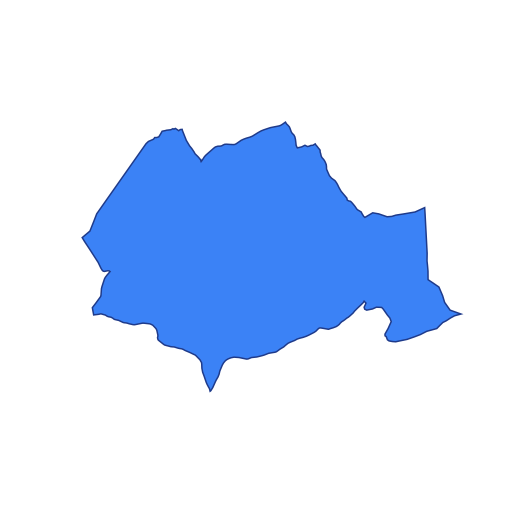 the district of Ohimini, Benue, Nigeria, rotated 149°
{"feature_id": "59680162B2835516393243", "entity_name": "Ohimini", "entity_type": "district", "adm_level": 2, "iso_a3": "NGA", "parent_name": "Nigeria", "parent_adm1": "Benue", "projection": "orthographic", "projection_center": [7.932, 7.257], "detail": "fine", "context": "isolated", "style": "filled", "palette": "blue", "viewbox_px": 512, "rotation_deg": 149, "n_neighbors": 0, "source": "geoboundaries", "source_scale": "gbopen_adm2", "svg_char_len": 4271}
<svg xmlns="http://www.w3.org/2000/svg" viewBox="0 0 512 512"><g transform="rotate(149 256 256)"><path d="M119.2,220.0L123.4,222.1L129.1,228.9L133.7,232.9L142.8,233.0L143.3,234.6L143.3,236.9L143.3,238.5L143.1,239.4L144.0,241.2L145.2,243.4L145.4,244.2L145.6,247.5L145.9,249.8L146.3,252.2L146.7,253.8L146.9,254.3L147.8,255.1L148.3,255.7L149.0,257.0L148.8,257.4L148.6,258.1L148.3,258.7L148.6,260.8L149.3,264.9L149.5,266.4L149.7,267.3L149.7,269.7L149.6,272.5L149.4,274.3L149.3,275.5L149.3,277.7L149.4,278.8L149.5,279.9L151.2,283.9L151.7,287.0L151.2,291.2L150.9,293.3L150.8,294.1L149.5,296.4L148.7,298.2L148.3,300.7L148.2,302.5L148.3,303.9L148.8,306.6L148.6,308.2L147.8,310.6L147.5,312.0L146.6,313.7L146.6,314.4L146.9,316.3L147.2,318.8L147.5,320.5L147.5,321.6L150.2,321.6L152.0,322.5L154.1,322.8L155.6,323.4L157.0,325.7L160.7,326.0L164.9,327.4L164.8,328.7L164.6,330.2L163.4,332.8L162.1,335.7L161.3,338.2L161.2,340.3L161.8,342.7L161.8,344.4L161.2,347.4L160.9,349.4L161.2,351.3L161.8,353.5L161.8,355.6L165.6,355.3L167.7,355.3L169.1,355.6L171.1,356.3L177.2,358.5L179.2,359.0L184.2,360.1L187.2,360.6L190.8,360.7L197.4,360.6L199.9,361.0L203.7,362.0L206.4,362.5L209.0,362.8L215.0,362.4L216.5,362.5L217.6,362.9L220.5,364.8L223.8,367.1L225.4,367.9L227.3,368.1L228.6,368.1L230.1,368.6L232.2,369.8L234.7,370.4L236.7,370.2L240.4,369.5L244.3,368.8L247.4,368.2L249.2,367.6L253.0,365.7L254.4,365.2L254.3,365.7L254.3,366.0L254.0,366.6L253.7,367.2L254.0,367.4L254.2,368.5L254.3,369.7L254.7,371.6L255.6,375.0L255.5,377.0L255.7,381.2L256.2,384.5L256.2,390.9L254.5,401.2L254.1,402.6L255.8,403.4L257.7,403.2L258.8,405.6L259.4,406.9L261.0,407.0L261.6,407.9L264.0,408.1L266.2,409.1L267.7,409.8L269.4,410.3L272.2,411.3L275.0,409.7L278.0,408.2L280.1,408.7L281.8,409.7L283.7,408.9L289.2,409.6L292.4,408.9L370.8,374.2L377.5,369.0L385.5,362.9L395.5,361.3L395.5,356.7L395.1,347.9L394.6,331.7L395.2,325.5L395.2,323.1L394.8,321.7L393.8,320.8L390.6,319.7L389.5,318.8L389.1,317.8L393.4,316.4L396.2,315.3L397.7,314.4L403.8,309.1L405.3,307.6L409.0,302.3L410.0,301.3L417.8,298.0L422.9,296.0L425.5,289.1L421.0,287.1L418.7,286.3L415.5,282.9L414.6,281.0L413.8,280.0L411.7,278.1L410.8,276.5L410.1,274.7L408.5,273.1L406.9,271.6L405.7,269.8L404.1,267.4L403.1,266.5L402.0,265.7L401.0,264.8L399.6,263.2L398.1,261.8L397.1,260.8L396.1,260.0L395.2,259.5L391.5,258.2L387.9,256.9L386.9,256.3L383.2,253.5L381.7,252.3L380.7,250.8L380.1,249.8L379.5,247.1L379.1,245.2L379.3,243.3L380.8,238.9L381.4,237.8L382.5,236.7L383.1,234.7L382.9,233.8L380.8,228.1L380.2,226.8L378.9,225.4L377.5,224.0L375.8,222.2L374.6,221.3L373.0,220.2L370.6,217.5L369.2,216.1L367.6,214.8L366.6,213.6L365.4,211.5L362.4,207.4L360.2,204.0L359.1,202.4L358.7,201.1L358.2,198.9L357.5,195.9L357.6,192.6L358.4,190.9L360.2,187.6L361.6,183.8L362.3,180.0L363.7,173.5L364.0,171.4L364.2,168.0L364.2,166.6L364.4,165.6L365.0,163.7L364.1,163.8L360.8,165.5L355.5,169.2L354.1,170.1L351.8,171.4L351.0,171.8L348.5,173.7L346.7,175.6L345.9,176.3L341.0,179.9L338.8,181.1L336.2,182.0L334.5,182.2L332.5,182.1L330.0,181.7L326.9,180.6L322.8,177.7L317.3,172.6L316.0,171.9L312.2,171.3L307.2,169.0L302.7,167.6L300.1,166.9L295.3,166.1L291.7,164.7L289.2,163.7L287.8,163.4L286.5,163.5L283.4,163.8L279.0,163.8L277.0,164.2L273.5,164.7L271.3,164.5L268.2,164.0L266.4,163.7L263.5,163.6L260.8,163.0L257.5,162.0L254.2,161.3L251.6,161.0L245.6,160.6L243.4,160.7L239.9,161.6L238.7,161.6L238.0,161.3L236.6,160.2L232.0,156.2L231.5,155.8L229.7,155.5L227.1,154.8L223.8,154.2L222.0,154.2L219.9,154.5L218.2,155.1L216.3,155.5L214.5,155.5L212.3,155.7L210.3,156.0L208.3,156.0L206.3,156.3L202.2,157.1L199.9,158.0L196.0,159.0L191.4,160.0L188.1,160.8L186.6,161.6L186.0,159.0L187.6,157.8L189.7,156.4L190.2,154.4L189.0,152.6L183.4,150.6L179.1,150.1L174.8,147.2L174.3,145.1L173.8,137.8L173.2,133.8L173.9,130.1L180.1,125.8L185.7,122.6L186.5,121.1L185.9,119.9L186.5,116.5L185.7,114.7L183.1,112.4L180.4,110.5L177.7,109.6L169.4,106.7L161.7,105.1L155.6,104.0L148.4,103.5L138.4,100.7L134.2,101.8L130.1,102.8L126.4,102.5L123.4,102.6L121.1,102.7L116.6,102.5L110.2,100.7L117.5,109.6L118.2,119.1L116.5,125.8L115.2,135.2L120.7,147.1L116.4,154.4L113.8,159.7L112.0,163.6L107.9,170.2L89.3,205.2L88.1,207.5L86.5,210.6L97.0,211.8L108.0,216.1L115.1,219.0L119.2,220.0Z" fill="#3b82f6" stroke="#1e3a8a" stroke-width="1.5"/></g></svg>